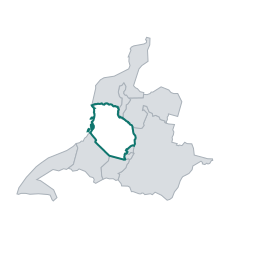 map of United Republic of Tanzania with Democratic Republic of the Congo, Somalia, Kenya and 6 others greyed out, rotated 195°
{"feature_id": "TZA", "entity_name": "United Republic of Tanzania", "entity_type": "country or territory", "adm_level": 0, "iso_a3": "TZA", "parent_name": "Africa", "parent_adm1": "", "projection": "mercator", "projection_center": [35.057, -6.356], "detail": "fine", "context": "with_neighbors", "style": "outline", "palette": "teal", "viewbox_px": 256, "rotation_deg": 195, "n_neighbors": 9, "source": "natural_earth", "source_scale": "50m", "svg_char_len": 8554}
<svg xmlns="http://www.w3.org/2000/svg" viewBox="0 0 256 256"><g transform="rotate(195 128 128)"><path d="M117.0,107.0L118.1,116.9L117.7,119.3L118.6,122.0L121.3,124.6L123.8,130.5L122.0,130.0L114.5,131.4L113.2,134.4L114.2,136.5L112.8,146.8L117.3,149.5L118.6,148.6L119.0,153.7L115.4,153.7L111.8,149.0L108.3,148.4L107.2,145.9L104.4,147.4L100.7,146.7L99.1,144.6L94.0,144.3L93.7,142.8L90.0,142.4L84.0,143.4L84.3,137.8L82.7,136.1L82.4,133.2L83.0,130.4L82.1,128.5L82.0,125.6L76.4,125.6L76.8,124.0L74.4,124.0L74.2,124.8L71.3,125.0L69.5,128.9L66.9,128.2L62.3,129.2L59.5,125.3L57.0,119.0L43.3,118.9L38.4,120.0L37.8,118.6L39.0,118.1L39.9,114.9L41.5,113.9L42.8,114.4L44.3,112.6L46.9,112.6L47.2,114.0L48.9,114.8L55.5,108.1L55.3,104.3L57.4,99.8L62.5,95.2L63.1,93.7L63.9,90.4L64.3,83.6L66.6,78.3L67.3,72.2L69.1,69.9L71.5,68.4L78.3,71.7L85.2,73.0L87.2,69.9L89.3,70.3L94.5,68.0L96.3,69.0L97.8,68.8L98.5,67.7L100.2,67.3L106.7,67.9L108.2,67.4L111.0,71.3L113.1,71.8L119.1,70.4L120.2,72.4L124.2,75.4L124.0,80.9L125.8,81.5L122.5,84.4L119.8,88.9L119.5,92.7L118.5,94.4L118.4,97.9L117.1,99.2L115.8,104.9L117.0,107.0Z" fill="#d9dde1" stroke="#a8b0b8" stroke-width="1"/><path d="M171.3,95.7L171.3,78.8L176.6,72.1L179.6,72.0L183.7,68.7L189.7,68.5L202.8,54.5L198.9,54.5L183.8,49.0L178.6,42.4L181.3,38.2L182.8,39.1L185.8,43.0L188.1,43.0L197.5,41.3L205.6,38.6L209.7,38.4L214.3,37.2L216.5,35.6L218.2,35.6L217.9,42.1L213.4,54.1L206.6,66.9L202.6,72.1L197.2,78.5L181.3,90.4L176.2,96.0L174.1,99.5L171.3,95.7Z" fill="#d9dde1" stroke="#a8b0b8" stroke-width="1"/><path d="M163.0,113.4L156.4,108.8L156.1,106.1L138.5,96.1L138.4,91.2L143.7,82.9L141.1,75.2L138.9,72.0L144.9,66.2L147.3,66.9L147.3,69.5L148.9,71.1L152.1,71.1L158.0,75.0L164.7,75.8L166.0,73.9L170.3,72.0L172.2,73.5L175.3,73.5L171.3,78.8L171.3,95.7L174.1,99.5L170.8,101.4L169.7,103.3L167.9,103.6L167.3,106.9L165.8,108.8L164.9,111.9L163.0,113.4Z" fill="#d9dde1" stroke="#a8b0b8" stroke-width="1"/><path d="M122.0,130.0L133.2,134.7L135.3,136.8L136.5,140.8L134.8,145.9L135.7,149.8L134.2,151.5L132.8,155.9L135.3,157.1L121.2,161.1L121.6,164.5L118.1,165.2L115.5,167.1L114.9,168.7L113.3,169.1L106.7,176.3L98.4,175.3L95.7,173.4L92.7,173.1L88.9,174.2L82.8,167.3L83.0,152.0L92.6,152.1L92.2,150.4L92.9,148.7L92.1,146.4L92.6,144.1L92.1,142.7L93.7,142.8L94.0,144.3L99.1,144.6L100.7,146.7L104.4,147.4L107.2,145.9L108.3,148.4L111.8,149.0L115.4,153.7L119.0,153.7L118.6,148.6L117.3,149.5L112.8,146.8L114.2,136.5L113.2,134.4L114.5,131.4L115.7,130.8L122.0,130.0Z" fill="#d9dde1" stroke="#a8b0b8" stroke-width="1"/><path d="M133.2,134.7L137.7,135.6L140.2,139.1L141.5,145.5L140.2,149.1L141.5,155.3L143.1,155.2L144.8,156.7L146.7,160.2L147.1,166.4L145.1,167.4L143.7,170.7L140.7,167.7L140.3,164.4L141.3,162.1L141.0,160.2L139.2,159.0L137.9,159.4L132.8,155.9L134.2,151.5L135.7,149.8L134.8,145.9L136.5,140.8L135.3,136.8L133.2,134.7Z" fill="#d9dde1" stroke="#a8b0b8" stroke-width="1"/><path d="M141.5,145.5L145.0,145.1L150.6,146.4L155.0,145.7L156.7,144.3L159.4,144.4L164.5,142.5L168.2,139.8L168.9,141.9L169.5,158.2L170.3,160.6L167.1,167.4L164.2,170.3L154.7,174.5L142.6,185.3L142.2,188.8L144.4,192.6L145.3,197.0L146.2,196.7L145.3,204.0L146.4,204.9L145.7,207.0L143.7,208.8L134.3,213.3L132.3,215.2L132.7,217.4L133.9,217.7L133.5,220.4L130.0,220.4L128.5,213.9L129.3,208.2L125.9,197.6L130.8,191.9L132.7,187.9L133.6,170.3L131.2,168.8L129.0,168.4L125.8,166.2L121.9,166.3L121.2,161.1L135.3,157.1L137.9,159.4L139.2,159.0L141.0,160.2L141.3,162.1L140.3,164.4L140.7,167.7L143.7,170.7L145.1,167.4L147.1,166.4L146.7,160.2L144.8,156.7L143.1,155.2L141.5,155.3L140.2,149.1L141.5,145.5Z" fill="#d9dde1" stroke="#a8b0b8" stroke-width="1"/><path d="M122.5,102.9L123.9,107.3L119.2,112.4L117.3,112.6L117.0,107.0L115.8,104.9L118.7,105.2L120.1,102.6L122.5,102.9Z" fill="#d9dde1" stroke="#a8b0b8" stroke-width="1"/><path d="M138.5,96.1L123.9,96.4L119.5,98.4L118.4,97.9L118.5,94.4L119.5,92.7L119.8,88.9L122.5,84.4L125.8,81.5L124.0,80.9L124.2,75.4L126.1,74.2L129.1,75.2L132.8,74.1L136.1,74.1L138.9,72.0L141.1,75.2L143.7,82.9L138.4,91.2L138.5,96.1Z" fill="#d9dde1" stroke="#a8b0b8" stroke-width="1"/><path d="M122.3,97.0L124.1,99.6L123.9,102.3L122.5,102.9L120.1,102.6L118.7,105.2L115.8,104.9L117.1,99.2L118.4,97.9L119.5,98.4L122.3,97.0Z" fill="#d9dde1" stroke="#a8b0b8" stroke-width="1"/><path d="M133.9,135.5L133.6,135.4L133.1,135.1L132.5,134.9L131.9,134.6L131.6,134.3L131.1,134.2L130.7,134.2L130.2,134.0L129.8,133.9L129.4,133.9L129.3,133.7L129.3,133.3L129.1,133.2L128.8,133.1L128.5,133.2L128.2,133.2L127.8,133.0L127.6,132.7L127.5,132.3L127.1,132.0L126.6,131.8L125.4,131.8L125.2,131.7L124.9,131.5L124.5,131.1L124.2,130.7L124.0,130.2L123.8,129.8L123.7,129.4L123.4,128.8L123.0,127.9L122.6,127.2L122.3,126.4L122.1,125.8L121.8,125.2L121.4,124.4L121.1,124.1L120.9,123.8L120.2,123.3L119.4,122.8L119.0,122.5L118.5,121.4L118.2,121.0L118.1,120.4L118.0,119.7L118.0,119.4L118.5,118.5L118.5,118.3L118.5,118.0L118.2,117.2L118.1,116.8L117.9,116.4L117.7,115.7L117.3,114.8L117.2,114.5L117.2,114.2L117.4,113.4L117.6,112.6L117.6,112.4L119.1,112.4L119.3,112.2L120.1,111.7L121.0,110.7L121.2,110.2L121.6,109.6L122.0,109.2L122.2,108.7L122.3,108.4L122.8,107.9L123.3,107.6L123.3,107.4L123.2,107.3L123.3,107.2L123.5,107.1L124.0,106.9L124.1,106.6L124.1,106.2L124.0,105.9L124.1,105.7L123.7,105.5L123.2,105.3L122.8,105.2L122.5,105.1L122.4,105.0L122.3,104.8L122.4,104.6L122.5,104.5L122.6,104.2L122.4,104.0L122.4,103.8L122.8,103.0L122.9,102.8L123.1,102.8L123.4,102.7L123.7,102.7L123.9,102.7L124.1,102.7L124.3,102.2L124.4,101.7L124.4,101.2L124.2,100.8L124.1,100.3L124.2,99.6L124.1,99.0L123.9,98.5L123.7,98.2L123.3,98.1L122.7,97.3L122.5,97.0L122.6,96.7L122.8,96.6L123.1,96.7L123.5,96.6L123.8,96.4L124.1,96.3L124.3,96.4L124.8,96.4L125.6,96.4L126.4,96.4L127.2,96.4L128.1,96.4L128.9,96.4L129.7,96.4L130.5,96.4L131.4,96.4L132.2,96.4L133.0,96.4L133.8,96.4L134.7,96.4L135.5,96.4L136.3,96.4L137.1,96.4L138.0,96.4L138.5,96.4L138.8,96.4L139.1,96.5L139.5,96.7L140.5,97.3L141.5,97.8L142.5,98.4L143.5,98.9L144.5,99.5L145.4,100.1L146.4,100.6L147.4,101.2L148.4,101.7L149.4,102.3L150.4,102.8L151.4,103.4L152.4,103.9L153.4,104.5L154.3,105.0L155.3,105.6L155.8,105.8L155.9,106.0L156.0,106.5L156.0,106.8L156.0,107.0L155.7,107.5L155.6,107.8L155.7,108.0L155.9,108.0L156.1,108.1L156.3,108.6L156.5,108.8L156.9,109.1L157.6,109.6L158.4,110.1L159.1,110.6L159.8,111.1L160.5,111.6L161.2,112.1L161.9,112.7L162.6,113.2L163.0,113.4L163.1,113.5L163.0,113.9L162.7,114.8L162.6,115.2L162.5,115.7L162.4,116.0L162.0,117.3L161.7,117.8L161.2,119.0L161.2,119.9L161.4,120.5L161.5,121.1L162.0,121.7L162.4,121.9L162.7,122.2L163.1,122.8L163.4,123.4L164.3,123.7L164.6,124.4L164.5,124.8L164.1,125.2L163.7,125.8L163.4,126.7L163.4,127.9L163.6,127.7L164.1,128.0L164.1,129.0L163.7,130.1L163.5,130.6L163.5,131.0L163.8,132.3L164.3,133.0L164.2,133.3L165.1,134.5L165.0,135.5L165.3,136.3L165.5,137.0L165.7,137.5L165.7,137.9L165.4,138.3L166.1,138.4L166.5,138.7L166.6,139.1L167.1,139.0L167.4,139.3L167.7,139.4L168.5,140.0L168.8,140.4L168.9,140.5L168.3,140.9L167.5,141.5L166.7,142.2L165.9,142.6L165.3,142.8L164.7,142.9L164.1,143.2L163.6,143.6L162.9,143.8L162.0,143.8L161.1,144.1L160.2,144.7L159.7,145.0L158.9,144.5L158.3,144.3L157.5,144.4L157.1,144.4L156.9,144.5L156.8,144.8L156.7,145.3L156.2,145.8L155.3,146.2L154.5,146.4L153.8,146.3L153.3,146.1L153.1,145.8L152.7,145.7L152.2,145.7L151.8,145.9L151.3,146.3L150.6,146.4L149.6,146.4L149.1,146.2L149.0,145.9L148.6,145.6L147.8,145.2L147.2,145.2L146.8,145.5L146.5,145.8L146.2,145.9L145.9,145.9L145.6,145.8L144.4,145.7L143.4,145.8L143.3,145.6L143.3,145.2L143.0,144.9L142.9,144.7L142.6,144.6L142.4,144.5L142.3,144.1L142.1,143.9L141.9,143.6L141.7,143.4L141.7,143.2L141.9,142.4L142.0,142.0L142.0,141.7L141.9,141.3L141.6,140.8L141.6,140.6L141.6,140.3L141.5,140.1L141.6,139.8L141.5,139.4L141.3,138.7L141.3,138.4L141.1,138.1L140.4,137.2L139.3,136.1L138.9,135.9L138.7,136.1L138.7,136.3L138.7,136.6L138.6,136.8L138.4,136.8L138.2,136.7L137.8,136.5L137.5,136.4L136.7,136.5L136.4,136.5L136.2,136.5L135.8,136.0L135.3,136.0L134.9,135.9L134.2,135.5L133.9,135.5ZM164.4,120.4L164.7,121.4L164.7,121.6L164.4,121.7L164.2,121.5L164.0,121.2L163.9,121.3L163.5,120.9L163.2,120.9L162.9,120.4L163.0,120.0L163.0,119.3L163.3,118.9L163.5,118.3L163.7,118.7L163.8,119.4L164.1,120.1L164.3,120.4L164.4,120.4ZM166.1,114.5L166.1,114.9L166.1,115.6L166.0,116.1L165.8,116.8L165.6,117.0L165.4,116.9L165.2,116.8L165.1,116.6L165.3,115.5L165.2,114.6L165.7,114.7L166.1,114.5ZM165.4,128.8L165.1,128.9L164.9,128.6L165.1,128.5L165.4,128.1L166.0,127.7L166.2,127.3L166.3,127.3L166.2,127.6L165.9,128.5L165.6,128.5L165.4,128.8Z" fill="none" stroke="#0f766e" stroke-width="2"/></g></svg>